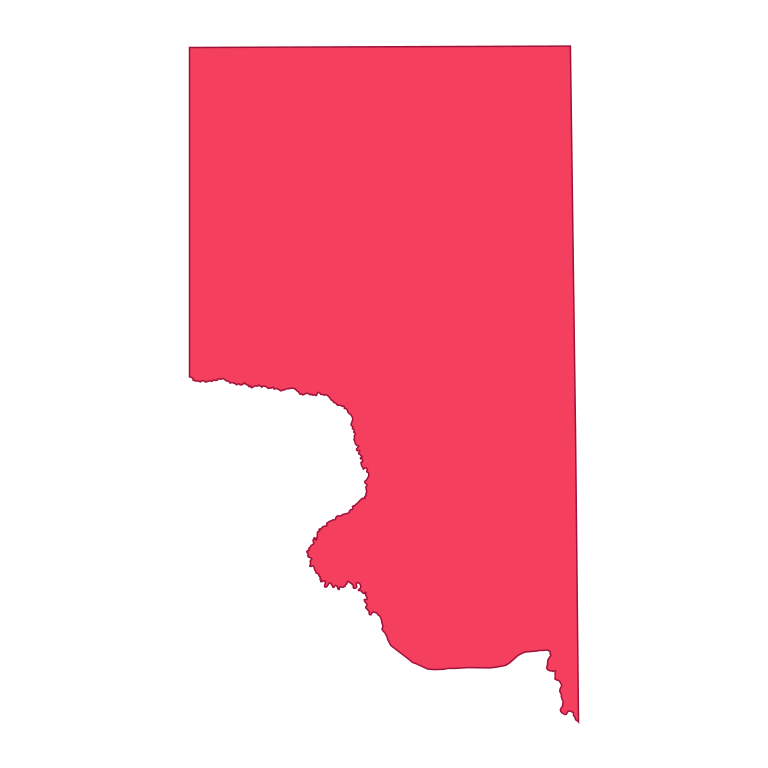 the district of Puelén, La Pampa, Argentina
{"feature_id": "61730980B41536985277959", "entity_name": "Puelén", "entity_type": "district", "adm_level": 2, "iso_a3": "ARG", "parent_name": "Argentina", "parent_adm1": "La Pampa", "projection": "mercator", "projection_center": [-67.772, -37.589], "detail": "fine", "context": "isolated", "style": "filled", "palette": "rose", "viewbox_px": 768, "rotation_deg": 0, "n_neighbors": 0, "source": "geoboundaries", "source_scale": "gbopen_adm2", "svg_char_len": 6130}
<svg xmlns="http://www.w3.org/2000/svg" viewBox="0 0 768 768"><path d="M578.5,721.9L575.5,429.8L570.4,46.1L189.5,47.5L189.5,376.9L190.4,376.9L192.8,378.2L193.2,380.4L194.6,380.4L195.6,381.1L196.4,380.9L198.4,381.1L200.4,381.9L202.0,380.7L203.7,380.8L205.8,382.1L208.6,381.1L210.6,381.0L212.2,381.3L213.2,380.0L214.1,379.9L215.0,380.4L215.8,380.5L217.7,379.9L218.2,378.8L221.4,379.2L222.5,378.5L223.8,378.9L226.6,381.0L228.7,381.2L230.1,383.1L231.6,382.6L233.4,382.8L234.0,383.3L235.4,383.6L236.0,384.5L236.6,384.7L237.2,384.6L237.9,384.0L238.7,383.9L239.7,384.2L240.3,385.0L240.7,385.0L241.4,384.5L242.1,384.7L242.5,384.5L242.7,383.8L243.7,383.9L244.7,382.8L245.3,383.1L245.3,383.7L246.3,384.6L248.1,385.0L248.3,386.0L248.7,386.5L249.6,386.7L250.7,385.9L251.2,387.5L251.5,387.6L252.0,387.7L255.0,385.8L257.6,386.2L258.9,385.1L261.8,387.1L262.2,387.1L262.5,386.3L263.1,385.9L264.5,386.3L265.0,386.2L266.2,386.7L267.8,388.1L268.9,388.5L269.6,387.9L271.1,388.1L272.9,387.2L273.4,387.4L273.7,388.7L274.2,389.0L276.9,388.5L280.8,390.8L281.7,390.7L283.7,389.7L284.5,389.9L286.1,388.9L288.4,388.7L288.9,388.4L289.5,388.7L291.3,388.1L293.2,388.3L295.3,389.0L295.5,389.5L297.0,390.6L297.2,391.1L298.7,392.0L299.8,394.1L300.1,394.2L301.2,393.8L302.3,394.8L302.9,394.5L303.6,394.8L304.3,394.2L306.7,393.1L307.4,393.6L309.5,393.8L310.1,394.8L311.9,394.4L312.3,395.0L313.0,395.2L314.5,394.6L315.3,395.4L316.2,395.5L316.8,394.8L317.3,393.2L318.1,392.3L319.8,393.1L320.9,394.4L323.1,394.6L324.3,395.2L326.1,394.7L327.8,395.7L329.7,397.7L331.3,400.1L332.5,400.4L333.7,402.4L335.7,403.1L337.5,405.3L340.4,405.2L342.2,406.4L343.3,406.0L344.3,406.7L344.4,408.5L346.3,408.7L347.0,409.3L348.1,412.5L351.0,415.0L352.2,416.9L352.7,418.4L352.5,420.4L351.0,424.4L351.6,425.9L352.6,426.6L353.0,427.1L352.4,428.3L352.6,428.8L353.6,429.5L354.2,430.4L354.3,431.0L353.7,431.8L353.9,432.5L354.9,432.8L355.4,433.8L355.2,434.6L354.3,435.7L354.5,438.1L354.0,439.3L354.0,439.8L355.2,442.4L355.3,443.8L356.6,445.3L358.6,445.9L358.7,446.4L356.7,448.7L356.5,449.9L357.3,450.8L359.1,450.3L359.5,450.5L359.8,451.3L358.6,453.1L358.6,453.6L359.2,454.2L360.2,454.6L361.2,455.8L361.9,456.1L362.2,456.8L360.4,457.8L360.4,458.1L360.8,458.9L362.0,458.9L362.8,460.8L362.6,461.6L362.1,462.0L361.8,461.8L361.0,462.4L361.0,463.4L361.8,466.1L362.7,467.3L363.3,469.1L363.7,469.1L364.8,468.0L365.9,468.0L366.7,468.4L367.4,469.1L367.4,469.6L366.7,471.0L366.7,471.8L368.4,472.6L368.9,475.4L368.5,476.5L366.5,480.0L364.8,481.3L364.8,482.2L365.4,483.4L366.9,484.4L367.1,485.2L366.8,486.0L365.9,486.9L365.9,487.6L366.4,488.8L366.2,490.1L366.7,491.1L366.7,492.2L365.9,493.5L366.0,495.6L364.8,496.5L364.6,497.3L365.1,497.9L364.9,498.3L363.7,498.5L362.9,498.2L362.0,498.6L359.7,500.6L357.1,503.7L355.9,504.2L354.8,505.7L353.7,505.7L352.8,506.2L352.5,506.6L353.0,507.6L352.9,508.7L352.3,509.5L351.2,509.4L349.7,510.6L348.7,513.0L342.7,514.5L340.6,516.0L337.5,515.9L336.3,516.7L335.2,519.5L334.3,520.0L332.8,519.8L331.6,520.7L329.3,521.4L326.7,523.3L326.5,524.1L327.0,525.2L326.5,526.2L324.4,526.1L323.9,526.3L322.3,527.1L321.5,528.5L321.1,528.8L319.4,529.0L319.1,529.4L319.8,530.5L319.8,530.8L319.5,531.1L318.8,531.1L317.7,531.8L317.3,533.0L317.3,536.0L317.1,537.3L316.1,538.1L316.0,538.4L316.1,538.7L316.7,538.9L316.7,539.3L316.1,540.0L315.6,540.0L314.5,537.9L314.2,537.7L313.0,540.3L313.4,542.2L313.9,543.2L313.8,543.5L313.5,544.0L311.1,545.5L310.0,547.4L308.8,548.3L309.1,549.5L308.9,550.4L307.6,550.6L306.8,551.5L307.2,552.7L308.4,554.0L308.3,554.9L307.9,555.2L307.7,555.9L308.3,556.9L311.1,558.1L311.8,558.7L311.7,559.5L310.4,560.3L310.2,560.8L310.6,561.7L310.2,562.5L310.6,564.1L310.5,564.8L309.8,565.4L309.9,566.3L311.1,566.5L312.7,565.7L313.9,566.6L314.6,569.8L315.8,571.4L315.9,572.4L316.3,573.1L318.9,574.2L318.9,575.7L319.3,576.4L320.3,576.9L320.0,579.0L320.7,579.0L321.3,579.6L321.3,580.3L320.5,580.9L320.8,581.6L322.0,581.7L323.6,580.9L324.9,580.9L325.5,581.8L325.2,582.5L325.2,583.6L324.6,585.1L324.7,586.9L326.2,587.1L327.4,586.0L328.9,583.2L329.9,582.9L330.9,583.4L331.3,584.5L332.5,585.9L332.6,586.7L333.1,587.4L333.9,587.4L334.5,586.3L335.3,585.5L336.2,585.5L337.1,586.4L338.0,589.0L338.7,589.5L339.3,589.3L339.4,588.9L339.2,587.9L339.9,587.0L343.5,587.2L344.4,586.4L345.2,586.2L345.7,584.5L346.9,583.8L347.1,582.3L347.4,581.5L348.6,581.6L350.0,582.8L351.9,583.6L352.2,584.7L353.4,585.1L353.6,585.8L353.1,586.9L353.6,588.2L355.8,588.1L356.7,587.3L356.6,585.5L356.2,584.6L356.4,583.1L357.6,582.6L359.5,583.6L360.2,584.3L360.8,586.1L360.3,588.5L358.6,589.6L358.4,590.2L358.6,590.5L359.6,590.4L361.6,591.2L362.3,592.6L363.4,593.3L364.5,593.2L365.3,592.3L365.9,592.5L365.4,594.4L367.3,598.6L366.7,599.4L366.2,599.6L364.8,599.4L364.3,599.6L364.4,601.0L366.9,604.1L367.2,605.2L366.7,606.0L365.8,606.6L365.8,608.0L367.2,609.1L367.7,610.0L369.1,611.3L369.3,612.2L369.0,612.9L369.1,613.6L369.7,614.7L370.8,614.8L372.4,612.3L373.5,612.0L376.9,613.1L378.2,615.0L379.7,616.0L380.9,618.0L381.1,619.4L381.6,620.4L381.8,622.4L382.7,625.2L382.9,626.6L382.6,627.8L382.0,628.5L382.2,629.5L382.9,630.8L385.0,632.9L385.8,634.7L386.7,635.9L387.7,639.5L390.8,645.5L409.2,659.6L412.2,662.3L416.6,663.9L427.6,669.0L434.1,669.6L443.5,669.3L447.9,668.4L455.1,668.4L467.5,667.6L489.9,667.9L496.7,667.1L505.8,665.3L509.6,662.9L518.0,655.5L520.9,653.8L524.8,652.1L537.7,650.9L539.3,650.4L542.6,650.5L545.9,650.0L548.1,650.3L549.1,651.1L549.8,651.0L550.3,651.9L550.0,653.8L550.8,654.7L550.8,655.4L548.0,659.6L547.7,661.0L547.6,663.8L546.7,667.9L546.8,668.5L548.1,670.0L549.1,670.4L550.6,671.0L551.9,670.8L553.2,671.5L554.5,670.7L555.6,671.0L555.6,671.9L555.0,673.3L555.3,676.3L554.9,678.9L556.9,680.1L558.3,680.3L559.0,680.8L559.8,681.5L560.6,683.3L561.6,684.7L561.5,686.1L560.1,688.9L559.7,691.3L561.1,694.0L561.4,695.0L561.2,696.3L562.2,699.5L563.3,701.9L562.8,703.4L562.7,705.6L560.5,709.3L560.4,710.1L560.7,711.4L562.2,713.0L564.6,714.4L565.4,714.5L566.1,714.4L566.8,713.7L567.1,712.6L568.3,711.3L570.4,711.0L571.2,711.7L572.2,711.9L573.2,712.5L573.5,713.0L573.4,714.2L573.6,715.7L575.0,717.2L575.2,718.8L575.8,719.9L578.0,721.3L578.5,721.9Z" fill="#f43f5e" stroke="#9f1239" stroke-width="1.5"/></svg>